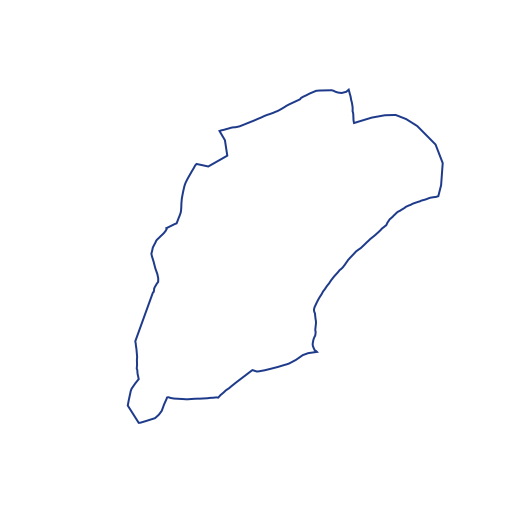 outline of Marisule/La Brellotte, Gros Islet, Saint Lucia, rotated 220°
{"feature_id": "8701671B65833866980229", "entity_name": "Marisule/La Brellotte", "entity_type": "district", "adm_level": 2, "iso_a3": "LCA", "parent_name": "Saint Lucia", "parent_adm1": "Gros Islet", "projection": "equal_earth", "projection_center": [-60.972, 14.058], "detail": "fine", "context": "isolated", "style": "outline", "palette": "blue", "viewbox_px": 512, "rotation_deg": 220, "n_neighbors": 0, "source": "geoboundaries", "source_scale": "gbopen_adm2", "svg_char_len": 4241}
<svg xmlns="http://www.w3.org/2000/svg" viewBox="0 0 512 512"><g transform="rotate(220 256 256)"><path d="M147.7,221.7L148.9,221.8L149.7,221.6L150.6,221.6L152.9,222.7L154.5,223.6L155.6,224.5L156.5,225.7L157.2,227.0L157.8,228.0L158.3,229.0L159.0,230.9L159.5,233.1L160.2,234.3L161.5,236.2L162.4,236.8L163.4,237.9L165.4,240.9L166.8,243.0L168.1,244.5L169.6,245.8L170.5,246.6L172.4,248.4L173.9,249.9L175.3,250.6L176.6,251.6L177.2,252.3L178.2,254.3L179.5,259.2L180.1,261.7L180.4,263.2L180.8,265.6L181.2,269.0L181.8,271.7L181.9,273.1L181.9,274.3L182.3,278.0L182.4,279.4L182.4,281.2L182.4,282.1L182.5,282.7L182.7,284.1L182.9,286.4L182.9,287.6L183.0,289.0L183.0,290.0L183.0,291.5L182.9,293.4L182.8,296.3L182.8,297.4L182.9,298.4L182.7,299.7L182.4,301.0L182.3,302.0L182.2,303.3L182.3,305.1L182.3,305.9L182.4,307.0L182.5,308.0L182.6,309.0L182.7,310.3L182.8,311.5L182.9,312.4L182.8,313.8L182.8,314.9L182.7,316.3L182.6,317.8L182.5,319.2L182.4,321.1L182.3,323.7L182.1,324.7L181.9,325.4L181.6,326.7L181.0,328.8L180.8,329.6L180.4,333.2L180.3,333.8L180.2,335.0L180.1,335.8L180.0,337.2L179.6,340.1L179.5,341.3L179.4,342.5L178.8,345.3L178.6,346.3L178.1,348.9L178.0,349.7L177.9,350.5L177.5,353.3L177.3,355.2L177.2,356.2L177.2,357.5L177.0,359.0L176.7,359.9L176.5,361.2L176.3,362.1L176.0,363.2L176.5,365.2L176.7,365.7L177.2,370.2L176.9,371.3L176.9,371.8L176.7,372.8L176.5,374.3L176.5,374.9L176.5,375.6L176.3,376.8L176.2,377.8L176.2,378.4L176.1,379.0L176.0,379.6L175.9,380.5L175.6,381.5L175.2,382.3L174.8,383.1L174.6,383.8L174.3,384.9L174.1,385.4L173.9,385.9L173.6,386.9L173.2,388.0L172.8,390.0L171.8,392.1L171.5,392.8L170.5,394.4L169.9,396.0L169.7,396.4L169.5,396.9L169.1,397.6L168.3,398.9L167.8,399.8L167.5,400.2L167.0,401.1L166.2,402.3L165.7,403.0L165.1,404.4L164.8,404.9L164.4,405.5L163.4,406.9L162.7,407.9L162.5,408.3L162.2,408.7L161.8,409.4L161.5,410.0L161.1,410.7L160.7,411.5L160.2,412.2L159.8,412.9L159.4,413.3L158.3,414.6L156.0,417.1L154.8,419.0L159.7,429.2L172.7,447.2L190.1,456.8L216.0,459.2L229.0,457.4L239.7,453.8L246.8,447.5L247.8,446.6L256.3,436.4L266.4,420.9L267.4,421.7L268.8,422.9L269.4,423.6L272.6,427.1L273.7,428.1L274.3,428.5L275.2,429.1L276.0,430.2L277.2,431.6L278.1,432.5L278.9,433.2L280.6,434.7L281.8,435.6L283.4,436.7L285.5,438.5L287.1,439.7L287.9,440.2L291.9,443.0L292.4,439.8L295.1,436.0L297.0,434.7L298.3,433.9L300.7,432.9L302.9,432.4L304.9,431.4L306.3,430.1L309.6,427.2L313.7,423.6L316.1,421.2L317.5,418.5L319.3,415.0L320.8,411.4L322.4,408.0L323.1,405.9L323.0,404.3L328.0,393.6L329.1,390.9L329.9,388.4L330.7,386.0L331.8,383.0L332.7,380.8L333.7,379.1L334.8,376.8L336.8,373.4L338.2,371.2L339.7,368.4L341.1,365.3L342.8,362.1L344.7,358.2L346.3,355.3L351.9,344.8L353.5,342.7L354.9,341.0L355.8,340.3L357.5,338.3L358.6,336.6L360.1,334.4L361.8,331.9L363.3,330.0L364.3,328.3L354.2,324.7L342.5,314.4L350.1,293.9L360.7,288.3L360.8,286.3L360.2,283.4L359.6,279.6L358.6,274.1L358.1,271.4L357.7,269.6L357.1,267.1L356.3,264.8L355.6,263.2L353.1,258.3L351.5,255.4L349.6,252.1L346.7,248.0L345.1,246.0L343.3,243.6L341.8,241.3L340.9,239.1L340.4,237.7L339.8,235.8L338.6,232.3L337.8,230.0L338.9,228.0L340.2,225.0L341.5,222.0L342.6,219.7L341.8,219.3L341.4,217.4L341.3,214.9L341.4,213.0L341.8,209.7L342.0,207.5L342.2,206.0L342.3,204.6L342.3,203.6L341.8,202.1L340.5,196.2L339.0,193.4L337.6,190.5L335.7,189.0L330.6,185.7L325.3,181.9L319.9,178.7L316.5,176.0L314.3,173.3L314.2,171.1L313.5,166.9L313.0,165.4L312.2,164.4L311.3,162.8L311.5,161.8L293.7,113.2L293.2,112.7L292.3,112.0L290.4,110.2L287.6,107.7L282.2,102.3L280.4,99.8L277.1,96.1L275.0,93.1L273.7,92.4L271.2,89.8L266.7,86.3L266.7,85.3L266.6,80.8L266.0,74.4L265.2,72.1L263.2,68.3L260.6,63.4L258.1,59.0L238.6,52.8L237.4,54.0L234.5,58.4L229.1,66.9L228.4,72.0L228.7,76.9L231.1,83.5L232.5,88.6L233.2,90.4L232.8,91.0L232.0,91.7L230.0,92.4L229.1,93.0L227.3,94.0L224.1,96.4L220.1,99.4L216.8,101.8L210.7,107.7L206.9,111.0L201.9,115.7L199.3,118.5L198.5,119.1L195.4,122.3L193.9,123.2L193.8,126.5L193.1,130.5L192.7,133.9L191.7,137.2L191.2,140.1L189.9,146.6L185.8,164.7L185.4,166.3L181.0,168.1L179.3,169.9L177.7,171.9L176.3,173.5L172.7,178.4L167.9,185.1L164.4,190.5L163.0,192.5L161.6,194.8L158.7,201.9L156.5,210.0L156.2,210.6L154.4,213.7L153.6,215.1L147.7,221.7Z" fill="none" stroke="#1e3a8a" stroke-width="2"/></g></svg>